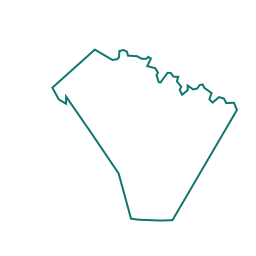 Burnet, Texas, United States of America (Mercator projection), rotated 121°
{"feature_id": "52423323B41129730997096", "entity_name": "Burnet", "entity_type": "district", "adm_level": 2, "iso_a3": "USA", "parent_name": "United States of America", "parent_adm1": "Texas", "projection": "mercator", "projection_center": [-98.33, 30.731], "detail": "fine", "context": "isolated", "style": "outline", "palette": "teal", "viewbox_px": 256, "rotation_deg": 121, "n_neighbors": 0, "source": "geoboundaries", "source_scale": "gbopen_adm2", "svg_char_len": 740}
<svg xmlns="http://www.w3.org/2000/svg" viewBox="0 0 256 256"><g transform="rotate(121 128 128)"><path d="M132.4,213.6L139.2,202.0L139.1,193.6L133.0,197.2L150.7,158.0L171.8,112.6L204.2,78.7L201.4,72.2L190.4,52.1L184.1,42.4L56.5,43.9L51.8,50.1L56.0,56.7L53.3,61.1L54.7,65.9L62.6,68.6L61.5,73.0L55.0,74.4L54.3,83.2L52.2,86.4L54.4,88.7L58.5,89.0L61.4,92.0L60.9,98.7L64.9,96.3L71.7,98.8L68.5,103.4L65.3,103.5L62.7,110.2L58.3,111.3L60.6,115.6L58.8,119.6L60.3,122.5L72.1,123.6L72.9,125.3L67.9,130.8L65.1,130.8L62.7,135.5L65.1,143.4L56.7,144.2L56.6,147.3L59.2,147.8L61.6,151.9L61.8,157.2L66.0,165.3L63.2,168.1L63.4,171.9L66.4,175.0L71.9,172.2L74.7,172.8L77.7,176.5L77.9,196.8L132.4,213.6Z" fill="none" stroke="#0f766e" stroke-width="2"/></g></svg>